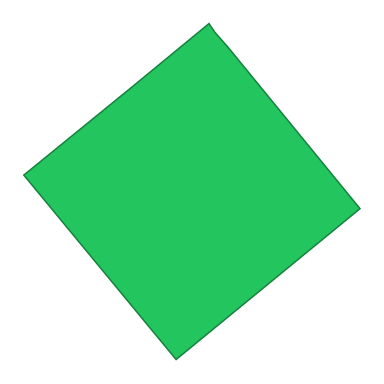 Ogemaw, Michigan, United States of America, rotated 141°
{"feature_id": "52423323B55359053905467", "entity_name": "Ogemaw", "entity_type": "district", "adm_level": 2, "iso_a3": "USA", "parent_name": "United States of America", "parent_adm1": "Michigan", "projection": "albers", "projection_center": [-84.223, 44.335], "detail": "fine", "context": "isolated", "style": "filled", "palette": "green", "viewbox_px": 384, "rotation_deg": 141, "n_neighbors": 0, "source": "geoboundaries", "source_scale": "gbopen_adm2", "svg_char_len": 259}
<svg xmlns="http://www.w3.org/2000/svg" viewBox="0 0 384 384"><g transform="rotate(141 192 192)"><path d="M71.9,73.3L72.9,282.4L73.7,301.9L72.8,312.2L172.6,311.4L312.1,311.0L309.8,71.8L71.9,73.3Z" fill="#22c55e" stroke="#15803d" stroke-width="1.5"/></g></svg>